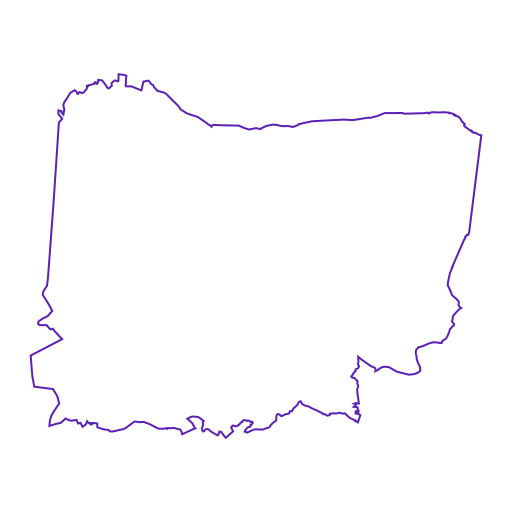 Copándaro, Michoacán, Mexico
{"feature_id": "50627088B77447003325256", "entity_name": "Copándaro", "entity_type": "district", "adm_level": 2, "iso_a3": "MEX", "parent_name": "Mexico", "parent_adm1": "Michoacán", "projection": "orthographic", "projection_center": [-101.212, 19.917], "detail": "fine", "context": "isolated", "style": "outline", "palette": "violet", "viewbox_px": 512, "rotation_deg": 0, "n_neighbors": 0, "source": "geoboundaries", "source_scale": "gbopen_adm2", "svg_char_len": 5984}
<svg xmlns="http://www.w3.org/2000/svg" viewBox="0 0 512 512"><path d="M143.8,421.9L147.5,423.4L148.0,423.4L151.6,425.1L157.1,428.0L159.0,428.7L163.1,428.8L166.2,428.2L167.4,428.1L167.4,428.7L168.5,428.1L171.7,428.2L173.7,428.0L174.8,428.2L177.1,428.8L179.8,429.4L180.4,429.7L181.8,432.5L182.2,434.2L192.9,429.3L195.3,428.3L194.7,427.8L192.2,423.0L187.3,418.8L190.9,416.9L192.9,416.5L193.8,416.5L195.5,416.8L197.8,416.9L199.7,417.8L201.4,419.3L203.7,421.0L202.7,422.5L203.1,423.8L202.9,425.5L201.9,428.3L202.2,430.1L202.7,431.2L203.2,431.5L204.1,431.2L204.9,429.9L205.8,429.3L206.8,429.1L207.4,429.1L208.2,429.3L209.0,429.6L210.4,431.2L217.2,435.3L217.6,435.4L218.0,435.1L218.5,434.6L218.6,433.6L219.2,433.0L219.4,432.5L219.4,431.6L221.2,431.9L224.2,436.0L225.8,437.8L233.1,431.3L231.2,427.5L232.7,425.5L236.3,426.3L237.2,426.0L237.8,425.4L238.7,425.0L238.8,424.7L239.8,424.0L239.8,423.6L240.1,423.5L241.5,422.1L242.4,422.0L242.8,420.6L244.0,420.0L247.6,420.9L248.0,420.4L249.2,420.8L249.5,421.0L249.9,421.6L250.7,421.9L251.4,421.7L252.2,421.7L252.4,421.8L252.3,422.5L252.7,423.0L252.0,423.8L251.6,424.1L251.5,424.7L250.6,424.8L250.5,425.8L250.3,426.7L247.9,427.3L247.0,428.2L245.1,430.4L244.7,431.6L246.6,432.1L247.0,432.6L248.7,431.9L252.5,430.1L254.4,429.4L255.9,429.3L259.2,429.5L262.8,429.6L265.5,428.5L267.9,427.8L268.7,427.5L269.7,426.8L271.0,424.8L272.5,423.3L274.1,421.9L275.4,421.2L275.8,420.9L276.1,420.1L276.3,418.9L276.3,417.6L276.4,416.4L276.6,415.5L277.0,414.7L277.4,414.2L278.1,414.0L279.8,414.7L280.0,414.9L280.1,415.3L280.8,415.8L281.4,416.0L282.2,416.0L283.3,415.3L286.0,414.1L287.2,414.0L289.0,413.4L289.2,413.2L289.7,411.7L290.3,411.0L290.5,411.0L291.9,411.3L293.4,408.5L294.0,407.9L295.5,406.7L297.3,404.9L299.0,401.9L300.6,401.2L302.2,404.0L304.6,405.4L308.7,406.5L312.7,408.7L316.2,410.1L322.9,413.6L323.2,414.2L324.4,414.1L327.1,415.6L329.6,415.2L329.8,414.8L329.8,413.8L332.9,413.3L334.7,413.5L337.3,413.3L339.6,412.7L342.6,413.7L344.6,413.3L345.8,414.2L346.4,414.9L349.9,418.0L355.4,420.4L355.0,420.9L357.9,422.4L360.3,415.2L358.8,414.0L355.6,413.5L355.6,411.5L358.3,412.0L358.6,410.7L357.5,410.1L357.8,409.0L357.5,407.2L353.8,406.8L356.1,404.5L355.4,403.9L354.3,403.6L355.5,403.1L358.9,403.5L357.5,393.6L357.1,389.8L358.3,385.6L357.3,383.7L357.5,381.0L357.2,380.7L356.1,379.8L354.5,377.9L352.5,377.7L351.4,377.0L351.3,376.2L352.0,375.8L352.5,375.0L353.3,373.4L354.4,372.3L354.9,371.3L355.5,371.2L355.4,370.3L355.8,369.3L358.0,368.3L359.0,366.5L358.8,365.7L358.2,364.8L358.0,363.9L358.3,362.8L358.4,361.9L358.2,356.8L362.2,360.0L364.7,361.8L371.0,366.2L374.7,367.7L375.6,369.4L375.6,370.5L375.4,371.1L377.2,370.4L379.7,368.5L382.0,367.2L385.3,366.7L389.3,367.3L396.6,371.6L408.9,374.7L414.0,374.1L417.7,372.8L420.3,370.8L420.0,366.8L418.5,364.1L416.7,359.1L416.5,355.8L415.9,354.4L415.8,352.1L416.3,349.4L417.5,348.7L418.5,347.1L420.2,347.0L421.2,346.5L422.6,346.2L429.6,343.2L432.3,342.5L433.4,342.3L437.5,342.5L439.0,342.9L441.6,343.0L441.6,342.7L441.9,341.9L442.9,340.6L444.3,339.6L445.7,338.9L446.1,338.4L447.6,335.8L449.4,331.4L449.8,329.5L452.9,326.0L453.7,325.7L454.2,324.4L452.0,321.5L452.7,318.6L453.0,316.3L453.7,315.1L455.8,312.8L458.5,309.9L461.2,308.0L459.6,306.9L458.5,305.0L458.9,302.6L458.7,301.5L456.4,298.9L452.0,295.1L450.8,292.0L450.7,291.5L447.8,285.3L447.8,283.2L449.4,275.6L449.6,274.9L449.8,273.6L452.4,267.2L452.1,267.2L464.3,239.3L464.6,239.0L465.5,237.6L465.2,236.9L465.8,236.0L467.4,234.7L468.0,235.0L469.1,232.7L481.3,135.3L480.8,135.3L478.5,134.5L477.0,133.8L476.8,133.4L475.8,133.0L475.1,132.9L474.4,132.6L474.1,132.7L473.3,132.6L472.3,131.5L472.3,132.0L465.3,126.9L464.1,125.7L464.1,125.4L464.2,124.9L464.8,124.3L462.5,121.9L461.6,121.1L460.3,118.5L458.2,116.5L455.9,115.9L455.7,115.2L455.3,114.9L454.8,114.9L454.1,115.3L453.9,115.2L453.9,114.6L453.7,114.1L452.9,113.7L451.8,113.5L451.1,113.2L450.5,113.1L449.1,113.3L449.0,113.1L448.8,112.6L443.2,112.2L440.0,112.5L432.2,112.2L430.7,112.6L429.0,113.3L429.0,112.9L427.8,112.9L427.5,112.6L423.8,113.2L404.2,113.7L402.4,113.0L384.6,113.1L380.2,114.9L376.4,116.3L370.6,117.8L367.3,117.8L353.0,120.1L343.6,119.6L329.5,120.3L311.9,121.3L298.6,124.2L298.2,124.9L295.1,126.2L292.7,127.0L289.9,126.3L287.5,126.0L283.1,126.2L280.6,125.9L277.0,125.0L273.2,124.6L266.4,125.9L261.7,128.1L260.3,129.1L256.0,128.1L249.4,129.5L245.3,128.4L238.7,125.6L222.6,125.3L213.2,124.9L211.4,126.7L210.6,125.4L209.1,125.0L205.1,122.0L197.7,116.9L189.5,114.3L186.6,113.2L180.3,109.2L179.4,107.3L177.0,104.6L172.8,100.6L166.0,93.6L163.8,92.5L157.1,90.7L156.8,90.1L154.0,87.1L153.2,85.2L151.1,84.0L149.0,81.1L147.7,80.6L144.7,81.4L143.5,81.5L141.3,90.4L134.2,87.5L131.0,86.3L128.7,86.4L125.9,86.3L125.6,84.8L125.7,83.7L126.2,82.3L125.8,81.1L126.4,75.8L124.7,75.1L118.6,74.2L118.4,81.0L117.2,81.3L115.2,80.4L113.9,81.1L112.3,82.3L111.5,83.5L111.8,85.8L110.2,87.2L108.9,88.5L107.9,88.2L107.1,87.6L105.8,85.1L102.1,80.4L98.2,79.9L97.7,83.4L96.4,83.9L95.6,82.2L94.5,82.5L94.0,83.9L87.2,85.7L87.6,86.3L86.9,86.4L87.0,88.0L86.4,89.4L85.4,90.2L83.8,92.4L81.7,93.1L79.8,92.0L78.9,92.7L78.0,94.0L77.2,93.6L76.5,91.6L74.6,90.2L70.3,92.8L67.3,97.8L64.2,102.3L63.3,105.2L64.3,109.5L63.4,114.6L61.6,112.5L61.3,112.9L61.6,111.2L58.4,110.4L58.4,114.0L62.2,118.7L58.9,122.6L53.2,207.7L48.0,277.4L47.0,285.7L43.4,291.3L42.7,294.7L48.6,304.1L52.3,310.9L47.7,316.1L42.5,318.6L38.5,321.5L38.0,323.8L39.7,325.1L44.2,325.1L46.8,325.2L48.8,327.8L50.7,329.4L52.8,328.8L56.0,332.6L62.1,339.2L30.7,355.5L32.3,376.0L34.3,386.7L53.0,389.1L57.2,396.0L59.2,403.5L53.7,411.7L51.1,416.2L49.9,420.9L49.4,425.9L55.7,424.0L60.9,422.8L65.6,418.5L66.5,419.1L69.2,420.2L71.1,420.8L76.5,419.9L78.1,423.5L78.7,423.4L80.5,422.8L82.6,426.8L85.8,424.5L87.1,421.3L88.1,422.6L88.5,422.9L91.3,423.1L90.6,424.3L92.0,424.4L92.7,423.1L94.0,423.0L97.3,423.6L97.2,426.1L97.4,427.3L103.7,429.4L108.5,429.9L109.6,431.3L112.7,431.5L123.3,429.1L125.8,428.0L128.1,426.2L134.6,421.5L139.9,422.2L143.8,421.9Z" fill="none" stroke="#5b21b6" stroke-width="2"/></svg>